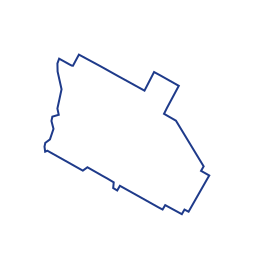 outline of Lee, Alabama, United States of America, rotated 210°
{"feature_id": "52423323B36009531708683", "entity_name": "Lee", "entity_type": "district", "adm_level": 2, "iso_a3": "USA", "parent_name": "United States of America", "parent_adm1": "Alabama", "projection": "equal_earth", "projection_center": [-85.313, 32.581], "detail": "fine", "context": "isolated", "style": "outline", "palette": "blue", "viewbox_px": 256, "rotation_deg": 210, "n_neighbors": 0, "source": "geoboundaries", "source_scale": "gbopen_adm2", "svg_char_len": 709}
<svg xmlns="http://www.w3.org/2000/svg" viewBox="0 0 256 256"><g transform="rotate(210 128 128)"><path d="M33.9,122.5L33.9,127.5L43.3,127.4L43.3,132.6L90.1,158.3L103.9,158.3L104.3,165.0L105.1,189.9L126.1,189.7L133.4,189.5L132.4,168.6L162.1,168.0L183.2,167.7L207.2,167.0L206.8,154.4L208.0,153.9L210.3,153.8L222.3,153.6L221.4,148.6L217.2,141.7L213.9,138.1L204.9,128.3L201.6,118.1L198.9,109.6L194.6,104.8L199.2,100.0L197.8,95.8L192.1,90.0L189.9,79.1L192.2,73.8L191.0,70.1L187.9,66.1L186.5,68.0L145.8,68.5L143.5,73.7L126.3,73.8L120.6,73.9L113.2,73.8L110.8,68.6L106.1,68.5L106.1,73.9L61.9,74.5L57.3,74.7L57.2,79.8L38.3,80.3L38.3,85.6L33.7,85.8L33.9,122.5Z" fill="none" stroke="#1e3a8a" stroke-width="2"/></g></svg>